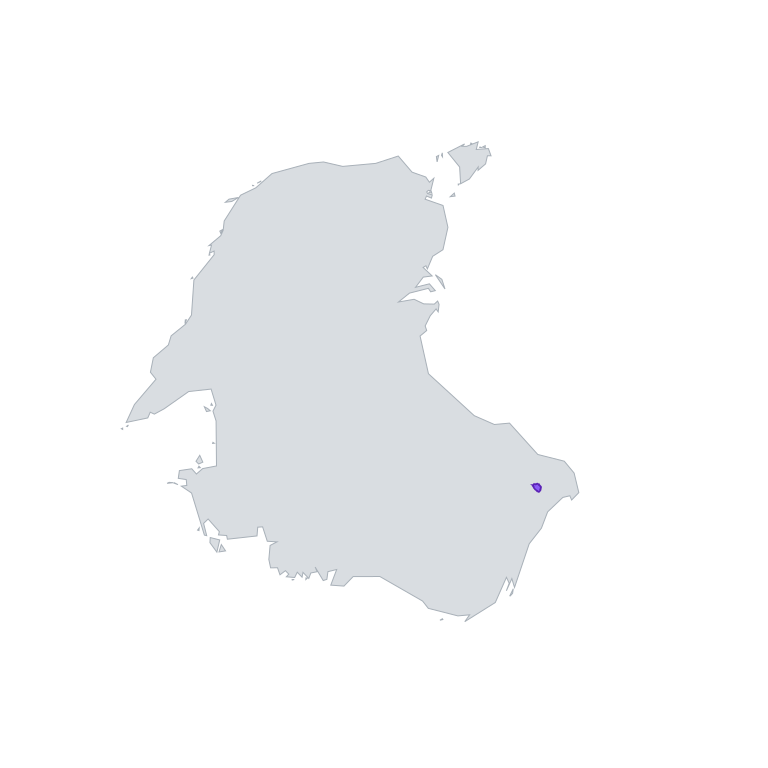 Corrigin, Western Australia, Australia shown in context, rotated 227°
{"feature_id": "25037944B17845862979070", "entity_name": "Corrigin", "entity_type": "district", "adm_level": 2, "iso_a3": "AUS", "parent_name": "Australia", "parent_adm1": "Western Australia", "projection": "orthographic", "projection_center": [117.705, -32.376], "detail": "fine", "context": "in_parent", "style": "filled", "palette": "violet", "viewbox_px": 768, "rotation_deg": 227, "n_neighbors": 0, "source": "geoboundaries", "source_scale": "gbopen_adm2", "svg_char_len": 5523}
<svg xmlns="http://www.w3.org/2000/svg" viewBox="0 0 768 768"><g transform="rotate(227 384 384)"><path d="M539.2,187.5L543.0,220.5L551.9,221.2L560.5,233.2L559.6,252.9L564.4,261.2L563.1,279.6L565.7,290.2L589.7,315.9L594.4,348.0L597.1,350.4L598.7,345.5L603.2,352.6L604.6,350.4L603.8,365.7L606.1,371.2L612.2,378.3L619.9,407.9L614.9,424.0L614.3,445.6L596.5,479.6L587.6,491.2L571.3,502.2L551.0,528.4L541.0,549.9L519.8,549.0L506.9,555.7L500.6,554.8L500.5,560.8L493.5,550.0L495.4,548.5L495.4,546.3L493.6,545.7L489.4,548.3L487.6,545.5L492.5,543.3L491.1,540.1L474.3,548.9L455.0,537.6L442.0,518.7L444.2,506.7L438.6,494.2L441.9,495.3L442.6,492.1L430.2,492.9L435.4,485.6L433.2,473.0L426.3,485.5L417.3,485.2L419.6,481.0L423.7,481.7L433.1,464.6L434.1,450.5L425.4,463.8L415.5,467.7L408.1,475.3L408.1,479.8L404.7,478.6L399.8,472.8L403.4,473.3L402.4,464.4L398.4,453.7L394.0,451.7L394.5,443.1L361.2,423.5L299.3,428.4L279.1,437.1L269.8,449.1L227.6,448.4L204.6,463.2L189.2,462.3L171.7,452.4L171.2,442.1L175.5,443.7L179.1,437.4L178.9,416.5L171.2,400.8L168.1,381.2L146.2,340.7L154.5,344.8L149.3,332.5L152.9,339.7L159.1,341.7L148.3,316.4L155.1,281.0L156.8,289.2L164.0,279.9L189.7,263.4L198.9,264.2L246.0,249.7L264.2,230.1L263.5,216.9L273.2,207.9L280.6,222.9L285.0,215.0L280.1,209.0L281.7,205.5L297.1,208.8L292.3,207.1L295.7,201.6L293.1,196.4L301.5,196.3L298.6,192.3L305.5,192.2L303.4,186.7L309.6,181.1L309.9,184.7L314.7,184.6L315.4,177.8L322.2,180.8L326.9,175.7L334.2,180.1L343.6,190.6L341.5,198.1L348.6,191.4L362.3,197.8L365.4,194.0L359.5,187.5L377.3,163.6L380.5,165.6L386.5,160.0L388.3,162.9L405.2,163.3L405.1,157.0L394.0,150.9L396.0,149.6L435.5,168.9L447.5,166.1L444.3,170.6L449.0,174.2L455.3,169.2L460.2,175.3L453.1,185.6L446.1,185.4L445.8,193.7L438.3,205.6L471.5,236.0L480.8,240.4L483.1,246.7L498.2,254.1L511.7,236.0L515.8,206.3L518.6,195.5L522.8,193.8L520.3,188.1L531.7,169.2L539.2,187.5ZM478.2,576.6L491.1,587.3L509.8,588.6L504.6,606.7L504.6,603.2L501.5,606.4L496.9,618.0L492.6,611.4L485.0,620.9L477.9,617.9L480.4,615.3L475.7,608.4L476.1,598.5L478.5,600.9L475.7,586.3L478.2,576.6ZM375.0,147.1L386.7,148.5L390.2,152.2L382.0,157.5L375.0,147.1ZM411.9,493.4L428.9,496.1L421.1,497.7L411.9,493.4ZM455.7,193.8L457.5,200.6L450.4,198.2L451.9,193.9L455.7,193.8ZM619.7,404.7L621.3,397.2L625.1,391.9L624.9,396.7L619.7,404.7ZM510.2,574.3L514.6,577.4L513.9,579.9L510.2,574.3ZM373.7,148.8L377.5,155.5L370.0,154.3L373.7,148.8ZM475.7,565.6L473.0,564.1L475.8,560.2L475.7,565.6ZM489.9,237.1L486.3,238.3L482.9,238.7L484.9,235.4L489.9,237.1ZM146.1,338.9L143.2,335.3L142.9,331.8L143.3,331.6L146.1,338.9ZM512.0,582.0L513.3,584.3L510.2,581.7L512.0,582.0ZM605.6,367.4L607.8,368.2L607.0,371.4L605.6,367.4ZM563.9,279.6L566.4,282.4L565.7,283.3L563.9,279.6ZM490.1,617.7L489.3,620.6L487.8,619.2L490.1,617.7ZM617.4,428.1L616.4,432.2L616.1,432.0L617.4,428.1ZM404.8,150.7L403.0,148.7L404.3,148.0L404.8,150.7ZM458.6,159.8L455.6,162.5L459.3,157.6L458.6,159.8ZM619.0,423.3L617.6,424.3L618.7,423.1L619.0,423.3ZM458.0,219.1L456.4,219.5L457.4,218.1L458.0,219.1ZM450.1,192.6L448.1,192.6L449.5,190.8L450.1,192.6ZM173.1,263.8L172.5,266.6L171.6,266.4L173.1,263.8ZM528.6,166.9L528.4,169.1L527.8,167.3L528.6,166.9ZM493.3,546.8L493.3,548.3L492.9,547.7L493.3,546.8ZM454.8,163.3L450.9,164.7L455.0,162.7L454.8,163.3ZM303.7,183.5L302.2,185.0L303.2,183.2L303.7,183.5ZM491.9,615.9L490.8,616.2L491.7,615.3L491.9,615.9ZM487.4,244.5L485.4,244.0L486.6,242.9L487.4,244.5ZM295.4,194.7L294.3,195.5L294.3,193.5L295.4,194.7ZM501.0,611.9L499.4,612.4L500.4,610.9L501.0,611.9ZM530.4,161.4L530.0,162.8L529.0,161.9L530.4,161.4ZM492.0,548.5L493.0,550.1L490.9,549.1L492.0,548.5ZM592.9,316.8L591.7,316.5L592.5,314.9L592.9,316.8ZM597.7,344.9L597.1,344.7L597.8,343.5L597.7,344.9ZM479.6,574.6L478.9,575.6L478.9,574.1L479.6,574.6Z" fill="#d9dde1" stroke="#a8b0b8" stroke-width="1"/><path d="M199.9,426.3L200.0,426.4L200.0,426.5L200.3,426.5L200.6,426.5L200.6,426.8L200.6,427.0L200.8,427.2L200.8,427.3L200.7,427.3L200.7,427.5L200.8,427.5L201.0,427.5L200.9,427.5L201.0,427.6L201.2,427.8L201.2,428.1L201.4,428.1L201.5,428.1L201.5,428.3L201.9,428.3L202.0,428.7L202.0,428.8L202.3,428.8L202.4,428.7L202.6,428.7L202.8,428.6L202.9,428.8L203.0,428.8L203.0,428.6L203.3,428.7L203.6,428.6L203.5,428.8L203.9,428.8L204.2,428.8L204.4,428.9L204.5,428.9L204.9,428.9L205.0,429.0L205.1,428.9L205.1,428.5L205.3,428.5L205.5,428.5L205.9,428.5L206.2,428.4L206.3,428.4L206.4,428.1L206.5,428.1L206.5,427.7L206.5,427.3L206.7,427.2L207.0,427.2L207.3,427.2L207.3,426.7L207.2,426.7L207.2,426.3L207.4,426.3L207.5,426.4L207.4,426.3L207.7,426.0L207.8,426.0L208.0,425.9L208.2,425.6L208.4,425.6L208.6,425.6L208.6,425.3L208.6,425.2L208.4,425.0L208.4,424.8L208.4,424.5L208.5,424.5L208.5,424.0L208.7,423.8L208.3,423.9L208.1,423.8L207.9,423.8L207.9,423.7L207.7,423.7L207.7,423.8L207.5,423.7L207.4,423.7L207.2,423.7L207.2,423.4L207.3,423.3L207.2,423.3L207.2,423.2L206.9,423.2L206.7,423.2L206.4,423.2L206.1,423.0L206.1,422.9L205.8,422.9L205.7,422.9L205.4,422.8L205.4,422.7L205.1,422.7L204.9,422.7L204.7,422.7L204.3,422.7L204.2,422.6L203.9,422.6L203.9,422.8L203.7,422.8L203.3,422.8L202.9,422.8L202.6,422.8L202.4,422.8L202.2,422.8L201.9,422.8L202.0,422.9L201.9,422.9L201.9,423.0L201.6,423.2L201.3,423.2L201.3,423.3L201.0,423.3L200.9,423.4L200.7,423.4L200.4,423.4L200.2,423.4L199.9,423.3L199.7,423.4L199.5,423.5L199.3,423.7L199.3,423.8L199.3,424.0L199.4,424.3L199.4,424.5L199.4,424.8L199.4,425.0L199.5,425.1L199.5,425.3L199.5,425.5L199.5,425.8L199.9,425.9L199.9,426.0L199.9,426.3L199.9,426.3Z" fill="#8b5cf6" stroke="#5b21b6" stroke-width="1.5"/></g></svg>